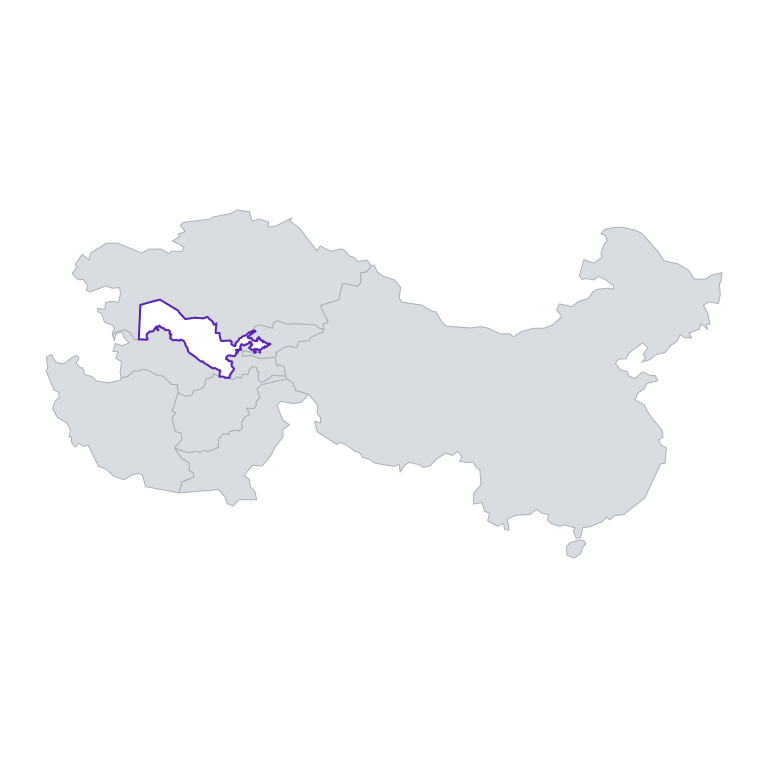 map of Uzbekistan with Kazakhstan, Pakistan, Afghanistan and 5 others greyed out
{"feature_id": "UZB", "entity_name": "Uzbekistan", "entity_type": "country or territory", "adm_level": 0, "iso_a3": "UZB", "parent_name": "Asia", "parent_adm1": "", "projection": "robinson", "projection_center": [66.075, 41.364], "detail": "fine", "context": "with_neighbors", "style": "outline", "palette": "violet", "viewbox_px": 768, "rotation_deg": 0, "n_neighbors": 8, "source": "natural_earth", "source_scale": "50m", "svg_char_len": 13888}
<svg xmlns="http://www.w3.org/2000/svg" viewBox="0 0 768 768"><path d="M371.5,265.9L366.6,272.0L360.6,272.9L361.2,282.2L357.5,286.4L342.6,283.3L338.6,299.9L320.4,305.6L328.2,321.9L323.2,324.3L324.1,329.7L319.4,328.3L315.3,324.9L291.4,323.7L288.7,324.7L277.8,320.8L273.5,322.7L272.6,328.3L260.0,325.0L255.0,326.4L253.4,330.5L239.1,338.7L235.8,345.4L232.9,345.5L230.8,341.0L221.1,340.7L219.5,333.1L215.8,333.0L216.3,323.6L207.3,316.8L185.4,318.9L178.4,310.4L159.6,299.4L140.1,304.9L138.8,339.4L134.8,339.9L129.8,332.5L124.8,329.9L116.1,331.9L112.5,335.0L112.2,332.7L114.3,328.8L113.1,325.5L104.5,322.3L101.7,313.9L97.7,311.6L97.6,308.5L104.9,309.4L105.6,302.6L112.1,301.1L118.6,302.5L120.5,293.4L119.6,287.7L112.1,288.2L106.0,285.9L90.0,291.9L86.3,290.4L87.5,285.7L83.4,279.5L77.9,279.7L72.2,273.5L77.2,266.5L75.2,264.6L82.1,254.5L89.0,259.8L90.6,253.1L106.4,243.3L117.6,243.1L141.3,253.0L149.2,249.2L160.6,249.0L169.6,253.7L171.8,251.0L182.0,251.4L183.9,247.1L172.5,240.9L179.5,236.5L178.2,234.0L185.1,231.6L180.2,225.4L183.5,222.3L209.9,219.2L213.3,216.9L230.8,213.6L237.0,209.9L249.6,211.8L252.1,221.2L259.3,219.0L268.5,222.1L268.1,227.0L274.9,226.5L292.0,217.9L289.7,220.8L299.1,227.8L316.9,250.8L320.3,246.0L330.7,251.3L340.8,248.9L345.0,250.6L349.1,255.8L354.3,257.6L357.8,261.5L367.1,260.2L371.5,265.9Z" fill="#d9dde1" stroke="#a8b0b8" stroke-width="1"/><path d="M308.7,394.2L301.4,402.2L292.7,403.6L280.6,401.3L276.9,405.4L282.8,420.1L289.3,424.7L282.7,430.2L283.0,437.0L275.4,446.5L270.5,456.1L262.2,466.0L252.8,465.3L244.0,475.2L249.4,479.5L250.4,486.8L255.0,491.6L256.7,499.7L238.7,499.7L233.3,506.0L227.3,503.6L224.9,496.8L218.6,489.6L178.9,492.9L182.1,481.9L193.8,477.0L193.2,472.6L189.3,471.1L189.1,462.8L181.5,458.6L174.4,447.9L187.8,452.7L195.8,451.3L200.6,452.5L202.3,450.4L207.9,451.3L218.3,447.3L218.6,439.3L223.1,433.9L229.0,433.9L229.9,431.3L236.0,430.0L238.9,430.9L242.0,428.3L241.5,422.6L244.8,416.8L249.9,414.4L246.7,408.2L254.2,408.5L256.3,405.1L256.0,401.4L259.8,397.5L256.9,388.8L261.4,384.6L287.1,378.8L293.1,383.2L295.7,390.4L308.7,394.2Z" fill="#d9dde1" stroke="#a8b0b8" stroke-width="1"/><path d="M219.6,376.6L224.0,376.6L232.3,379.8L237.9,376.8L240.5,378.6L243.0,374.3L247.7,374.5L249.6,369.3L252.9,366.0L257.1,368.1L256.4,371.0L258.7,371.5L258.2,379.4L261.3,382.5L267.4,379.6L272.2,375.3L285.6,376.0L287.1,378.8L261.4,384.6L256.9,388.8L259.8,397.5L256.0,401.4L256.3,405.1L254.2,408.5L246.7,408.2L249.9,414.4L244.8,416.8L241.5,422.6L242.0,428.3L238.9,430.9L236.0,430.0L229.9,431.3L229.0,433.9L223.1,433.9L218.6,439.3L218.3,447.3L207.9,451.3L202.3,450.4L200.6,452.5L195.8,451.3L187.8,452.7L174.4,447.9L181.8,439.3L181.2,433.2L175.1,431.6L172.1,418.0L175.6,412.8L172.2,411.4L177.9,392.8L185.9,396.3L191.8,395.1L193.5,390.8L199.7,389.4L204.2,386.5L205.8,379.0L212.4,377.1L213.6,373.8L219.6,376.6Z" fill="#d9dde1" stroke="#a8b0b8" stroke-width="1"/><path d="M229.9,378.6L234.2,369.1L232.4,362.1L226.7,359.8L228.7,355.6L235.2,356.1L241.2,344.9L251.4,342.7L249.9,347.0L251.0,349.6L254.2,349.4L251.4,352.3L243.0,350.7L242.4,356.2L250.7,355.4L260.3,358.5L274.9,357.1L277.1,365.8L279.7,364.8L284.4,367.0L285.6,376.0L272.2,375.3L267.4,379.6L261.3,382.5L258.2,379.4L258.7,371.5L256.4,371.0L257.1,368.1L252.9,366.0L249.6,369.3L247.7,374.5L243.0,374.3L240.5,378.6L237.9,376.8L232.3,379.8L229.9,378.6Z" fill="#d9dde1" stroke="#a8b0b8" stroke-width="1"/><path d="M253.4,330.5L255.0,326.4L260.0,325.0L272.6,328.3L273.5,322.7L277.8,320.8L288.7,324.7L291.4,323.7L315.3,324.9L319.4,328.3L324.1,329.7L323.2,331.8L311.5,336.9L309.0,340.6L299.2,341.7L296.6,347.7L288.4,346.4L283.1,348.2L275.9,352.7L277.1,354.9L274.9,357.1L260.3,358.5L250.7,355.4L242.4,356.2L243.0,350.7L251.4,352.3L254.2,349.4L260.1,350.3L269.7,343.6L260.5,338.6L255.1,341.0L249.4,337.4L255.7,331.4L253.4,330.5Z" fill="#d9dde1" stroke="#a8b0b8" stroke-width="1"/><path d="M112.5,335.0L116.1,331.9L124.8,329.9L129.8,332.5L134.8,339.9L147.4,339.3L146.4,334.6L153.0,331.4L159.6,325.9L169.7,330.9L170.3,338.3L173.2,340.3L181.5,339.8L184.0,341.5L187.6,351.2L201.4,362.1L219.8,370.8L219.6,376.6L213.6,373.8L212.4,377.1L205.8,379.0L204.2,386.5L199.7,389.4L193.5,390.8L191.8,395.1L185.9,396.3L177.9,392.8L177.4,384.8L171.5,384.5L162.8,376.1L156.6,375.1L148.1,370.3L142.6,369.4L139.1,371.2L133.9,370.9L128.2,376.3L121.2,378.1L120.1,371.5L121.7,361.6L115.8,358.4L118.1,351.9L113.0,351.4L115.2,343.5L122.3,345.8L129.2,342.8L123.9,337.2L122.0,331.8L115.7,334.2L114.5,341.0L112.5,335.0Z" fill="#d9dde1" stroke="#a8b0b8" stroke-width="1"/><path d="M75.5,447.0L71.3,442.0L71.5,436.9L68.9,436.9L70.6,430.1L66.9,422.9L57.5,417.7L52.6,408.7L54.9,401.3L59.0,398.0L58.9,392.5L53.9,389.7L46.1,370.8L47.8,367.9L46.3,357.1L51.8,354.4L52.8,358.0L56.3,362.3L61.6,363.6L64.4,363.3L74.0,356.3L77.0,355.6L79.1,358.4L76.1,363.1L80.6,368.0L82.5,367.5L84.6,374.5L91.8,376.5L97.0,381.2L108.0,382.8L120.4,380.3L121.2,378.1L128.2,376.3L133.9,370.9L139.1,371.2L142.6,369.4L148.1,370.3L156.6,375.1L162.8,376.1L171.5,384.5L177.4,384.8L177.9,392.8L172.2,411.4L175.6,412.8L172.1,418.0L175.1,431.6L181.2,433.2L181.8,439.3L174.4,447.9L181.5,458.6L189.1,462.8L189.3,471.1L193.2,472.6L193.8,477.0L182.1,481.9L178.9,492.9L145.6,486.6L142.4,475.0L138.6,473.3L132.3,475.0L124.0,479.6L114.2,476.5L106.2,469.2L98.6,466.5L88.0,444.9L83.6,446.4L78.7,443.3L75.5,447.0Z" fill="#d9dde1" stroke="#a8b0b8" stroke-width="1"/><path d="M573.9,558.1L567.0,555.1L566.3,547.0L570.1,542.7L578.9,540.0L583.6,540.3L585.7,543.9L582.3,548.0L580.8,553.5L573.9,558.1ZM324.1,329.7L323.2,324.3L328.2,321.9L320.4,305.6L338.6,299.9L342.6,283.3L357.5,286.4L361.2,282.2L360.6,272.9L366.6,272.0L371.5,265.9L374.3,265.1L377.0,271.6L383.7,276.5L394.6,279.9L400.6,287.4L399.1,298.2L402.3,302.2L421.7,305.1L431.5,310.9L436.3,312.0L440.9,320.6L446.1,326.2L470.5,328.0L480.4,326.7L488.1,328.1L500.3,333.8L509.6,333.8L513.4,336.7L521.4,331.7L533.1,328.4L544.5,328.1L552.7,324.8L561.8,316.6L556.7,309.9L559.4,303.9L571.9,306.6L578.3,301.7L588.8,298.1L592.6,292.0L597.2,289.4L607.6,288.2L613.8,289.2L613.7,285.9L605.2,279.5L598.5,276.5L593.8,279.9L586.1,278.5L582.2,279.6L579.4,275.9L584.0,259.7L593.6,263.1L602.2,257.3L600.9,253.3L604.2,243.7L607.3,240.8L605.5,235.8L600.9,233.7L605.3,229.2L613.5,227.5L622.8,227.3L634.4,230.0L641.8,233.3L658.2,251.9L664.1,260.8L677.7,263.8L688.6,270.4L694.4,279.1L705.6,279.1L710.7,275.4L721.9,272.7L721.0,281.0L719.3,284.4L720.3,294.5L718.4,303.5L708.7,301.9L703.4,305.1L707.7,313.2L709.9,324.2L706.1,324.5L707.5,329.2L701.0,323.7L699.5,329.0L688.9,333.0L691.5,337.9L684.8,337.6L680.3,334.7L676.9,341.3L669.8,346.3L665.1,352.4L654.9,355.1L650.1,359.5L642.3,362.1L645.5,357.7L643.2,354.0L647.8,347.7L642.5,342.8L629.5,352.6L625.9,358.7L618.4,359.2L615.3,363.6L620.6,370.0L627.3,371.5L628.4,375.8L635.1,378.5L642.5,371.8L650.2,375.5L655.3,375.7L657.6,380.7L647.1,383.3L644.5,388.4L637.8,393.1L635.0,399.8L644.4,405.0L649.0,414.3L662.0,430.2L663.0,437.3L658.5,439.9L661.2,444.9L666.4,447.9L665.1,463.1L660.7,463.9L644.7,497.9L623.5,514.6L614.4,515.7L609.7,519.9L606.6,516.9L602.3,521.6L591.3,526.3L582.7,527.8L580.6,537.8L576.1,538.3L573.5,531.4L575.1,527.8L563.9,524.8L560.2,526.3L551.8,523.8L547.6,520.0L548.5,514.5L540.9,512.8L536.8,509.2L530.1,514.3L515.7,515.3L507.3,519.0L509.2,529.9L504.8,529.6L503.5,523.5L497.6,526.2L487.7,520.9L489.6,513.1L484.4,511.2L482.0,502.5L473.4,504.1L473.8,492.8L480.9,484.9L479.9,469.9L476.2,467.6L473.1,462.0L468.4,462.7L459.6,461.3L462.1,457.3L457.9,451.4L452.4,455.4L445.5,453.1L436.6,459.1L429.7,466.2L423.2,467.4L419.5,464.8L409.4,462.4L405.1,464.8L400.2,471.8L399.1,464.4L394.3,466.4L375.6,463.3L368.8,459.1L362.5,457.3L359.6,452.7L355.0,451.3L346.7,445.2L340.1,442.3L336.9,444.5L317.3,431.9L314.7,421.5L320.5,422.7L320.5,417.9L317.2,413.0L317.7,405.3L308.7,394.2L295.7,390.4L293.1,383.2L287.1,378.8L285.6,376.0L284.4,367.0L279.7,364.8L277.1,365.8L274.9,357.1L277.1,354.9L275.9,352.7L283.1,348.2L288.4,346.4L296.6,347.7L299.2,341.7L309.0,340.6L311.5,336.9L323.2,331.8L324.1,329.7Z" fill="#d9dde1" stroke="#a8b0b8" stroke-width="1"/><path d="M253.3,330.6L253.5,330.5L253.9,330.3L254.7,330.6L255.3,331.0L255.5,331.2L255.4,331.4L253.9,332.2L253.0,332.6L252.6,332.7L252.5,332.8L252.2,333.7L251.7,333.8L250.9,334.1L250.4,334.5L249.6,335.5L247.5,337.0L247.5,337.3L247.7,337.5L248.4,337.7L249.3,338.1L249.8,338.5L251.1,338.0L251.5,338.1L251.8,338.6L252.2,339.9L252.8,340.2L253.6,340.5L254.1,340.6L254.7,340.9L255.6,341.0L256.2,340.9L256.9,341.2L257.0,341.0L257.1,339.1L257.7,339.4L258.0,339.4L258.3,339.2L258.5,338.9L258.6,338.2L258.4,337.6L258.7,337.3L258.9,337.2L259.1,337.3L259.2,337.5L259.2,338.1L259.6,338.3L259.9,338.4L260.2,338.9L260.4,339.4L260.6,340.5L261.2,340.6L262.0,340.8L262.4,340.6L262.8,340.7L263.0,341.2L263.0,341.7L263.0,342.1L263.9,341.9L264.4,341.9L264.9,342.1L265.5,342.5L266.4,343.4L266.7,343.5L268.0,343.6L268.3,343.8L268.7,343.8L269.2,343.6L270.3,343.9L270.4,344.1L270.2,344.3L267.6,345.6L267.5,346.0L266.9,346.5L266.4,346.8L266.1,346.8L264.8,346.3L264.7,346.4L264.6,346.6L264.6,346.8L264.9,347.3L264.7,347.7L264.5,347.9L263.7,347.7L263.5,347.4L263.2,347.4L262.8,347.6L261.9,348.5L261.6,349.0L261.4,349.3L261.0,349.4L260.6,349.5L260.1,349.9L259.4,350.3L259.2,350.0L259.1,349.7L258.9,349.6L258.6,349.7L258.1,349.7L257.6,349.4L257.0,349.1L256.4,349.0L254.8,349.1L254.0,349.3L253.8,349.4L253.3,349.5L251.4,349.8L251.0,349.7L250.7,349.2L250.5,348.6L250.0,348.4L249.4,348.3L249.2,348.1L249.2,347.8L249.3,347.6L249.3,347.4L251.7,345.5L251.8,345.4L251.9,345.2L252.1,344.9L251.2,344.4L251.2,344.2L251.3,344.0L251.3,343.8L250.7,343.1L249.6,342.1L249.3,342.0L249.1,342.1L248.7,343.1L248.5,343.3L247.3,344.0L244.6,345.3L244.1,345.5L243.8,345.5L243.5,345.3L242.4,344.5L241.8,344.2L241.4,344.5L241.0,344.9L241.0,345.7L240.6,346.2L240.2,346.4L241.0,348.6L240.9,348.9L240.4,349.0L240.8,349.8L240.4,349.9L239.5,349.7L238.3,349.6L236.0,350.0L235.8,350.1L235.8,350.3L235.9,350.5L237.0,350.5L238.1,350.4L238.4,350.6L238.5,350.8L238.4,351.0L238.0,351.0L237.2,351.2L237.1,351.4L237.1,351.6L237.4,352.1L237.7,352.4L237.7,352.6L237.4,352.8L237.2,352.5L236.9,352.8L236.9,353.0L236.7,353.2L236.3,353.1L235.9,353.2L235.7,354.1L235.6,355.1L234.9,355.8L234.6,356.1L234.1,356.1L233.4,356.0L232.9,355.9L231.6,355.8L230.3,355.5L228.9,355.3L227.5,355.9L227.1,356.2L226.9,356.6L226.6,356.7L226.0,358.8L226.1,359.1L226.4,359.3L228.1,359.7L228.3,359.9L228.5,360.1L228.6,361.0L229.3,361.3L230.1,361.3L230.8,361.2L231.4,361.3L231.9,361.5L232.1,361.8L232.2,362.2L231.5,364.2L231.5,365.0L231.8,366.1L232.2,367.0L233.1,367.8L233.7,368.3L233.8,368.6L233.9,369.0L233.8,369.5L233.4,370.3L233.0,370.9L232.5,371.2L231.8,372.1L231.2,373.2L230.1,374.6L229.7,375.4L229.6,377.7L229.3,378.4L229.3,378.1L228.8,377.9L228.1,377.9L227.6,377.8L227.4,377.5L226.8,377.6L225.9,378.0L224.9,377.8L223.9,376.8L222.0,376.5L219.6,376.7L219.6,375.7L219.6,374.4L219.7,372.6L220.5,371.2L220.4,370.9L220.3,370.7L220.0,370.5L218.6,370.1L218.2,369.9L217.6,369.5L216.9,369.0L216.3,368.7L215.3,368.3L214.5,368.0L213.9,368.2L213.5,368.4L213.0,368.4L212.6,368.3L210.9,367.3L208.4,365.5L206.4,364.2L205.2,363.6L204.9,363.4L204.2,362.9L202.5,361.3L201.3,361.6L199.7,360.6L198.3,359.6L197.9,359.3L196.3,357.6L192.8,355.1L189.7,353.0L188.8,352.2L188.5,351.9L188.1,351.3L187.7,348.6L187.1,347.3L186.3,346.6L185.6,345.3L185.0,343.3L184.5,342.0L184.2,341.4L183.4,340.8L182.2,340.1L181.1,339.7L180.7,339.7L180.5,339.8L180.3,340.0L179.8,340.5L179.1,340.5L178.6,340.5L178.2,340.3L176.8,340.2L176.3,340.0L175.4,340.0L173.6,340.3L173.1,340.2L171.2,339.0L170.4,338.6L170.2,338.3L170.2,337.9L170.5,337.2L170.8,336.8L170.7,336.3L170.3,335.8L170.3,335.2L170.6,334.9L171.1,335.0L171.3,334.8L171.2,334.5L171.0,334.3L170.6,333.8L169.5,333.4L169.4,333.2L169.6,332.8L169.7,332.3L169.7,331.7L169.9,331.4L169.9,331.2L169.4,330.7L168.8,330.2L168.1,330.1L165.7,330.1L165.0,329.9L164.4,329.6L163.9,328.4L163.6,328.2L163.3,328.0L162.6,328.0L161.8,327.9L161.4,327.7L160.3,326.6L159.3,325.7L158.8,326.6L158.4,326.7L157.5,326.7L156.8,326.5L156.4,326.7L155.9,327.1L156.0,327.3L156.3,327.6L156.9,328.0L157.9,329.1L158.3,329.8L158.4,330.0L158.1,330.2L157.7,330.2L157.5,329.7L157.2,329.2L156.9,328.9L156.5,328.8L156.0,328.6L155.3,328.4L155.0,328.4L154.6,328.7L154.3,329.0L154.1,329.8L153.5,330.8L153.2,331.2L152.2,331.4L149.9,331.5L149.2,331.8L148.7,332.2L147.8,333.4L147.2,333.7L146.6,334.3L146.7,336.0L146.9,338.1L147.3,338.7L147.6,338.8L147.6,339.0L147.2,339.4L146.8,339.8L146.4,339.8L145.6,339.7L144.9,339.6L138.8,339.3L139.0,335.0L140.2,309.2L140.4,304.9L151.8,301.7L159.2,299.8L160.0,299.7L160.8,300.2L165.8,303.2L169.9,305.6L170.9,306.3L178.0,310.5L178.4,311.0L178.7,311.9L179.1,312.6L179.9,313.4L180.8,314.3L182.5,316.1L185.3,319.0L185.9,319.0L194.5,317.7L203.8,318.4L206.6,317.1L207.3,316.9L208.1,317.5L209.3,319.0L210.1,319.7L211.8,320.7L214.1,324.7L216.3,323.7L216.2,325.8L216.0,328.5L215.7,330.0L215.7,332.9L219.4,333.0L219.5,334.0L219.7,335.4L220.2,337.7L220.7,339.8L221.0,340.6L221.3,340.8L221.8,341.0L228.9,340.6L229.4,340.8L229.9,340.6L230.4,340.5L231.1,341.4L231.4,341.7L231.8,342.0L231.4,343.6L231.3,344.1L231.8,344.6L232.2,344.9L233.2,345.5L234.1,345.9L234.8,346.0L235.4,345.8L235.6,345.5L235.5,345.0L235.2,344.5L235.2,343.9L235.4,343.5L236.6,341.9L237.4,341.2L238.5,340.4L238.9,339.8L239.0,338.9L239.7,338.3L240.4,338.0L241.3,337.7L241.6,337.2L242.8,336.4L243.6,336.0L244.5,335.8L245.8,335.3L246.9,334.6L247.8,333.5L248.6,332.7L249.3,332.2L249.8,332.2L250.2,332.6L250.5,332.6L250.8,332.4L251.1,331.9L251.5,331.4L251.9,331.1L252.6,331.0L253.3,330.6ZM251.3,342.9L251.2,342.7L251.0,342.3L250.6,342.1L250.6,342.5L251.0,342.9L251.3,342.9ZM255.7,352.7L255.4,352.8L254.7,352.8L254.2,352.7L254.5,351.9L254.5,351.7L254.2,351.6L253.9,351.3L253.8,350.9L253.9,350.4L254.1,350.3L254.3,350.3L254.7,350.9L255.1,351.1L255.9,351.2L255.5,351.9L255.8,352.6L255.7,352.7ZM260.2,352.2L260.0,352.6L259.6,352.5L259.3,352.2L259.8,351.9L260.0,351.7L260.2,352.2Z" fill="none" stroke="#5b21b6" stroke-width="2"/></svg>